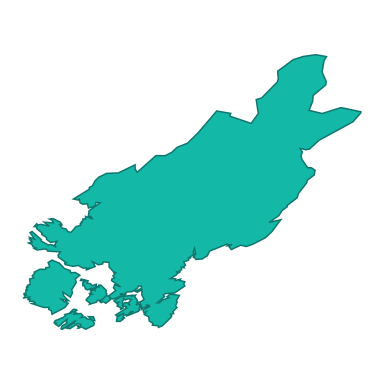 Os nor, Hordaland, Norway (Equal Earth projection)
{"feature_id": "86288312B99631604465694", "entity_name": "Os nor", "entity_type": "district", "adm_level": 2, "iso_a3": "NOR", "parent_name": "Norway", "parent_adm1": "Hordaland", "projection": "equal_earth", "projection_center": [5.41, 60.23], "detail": "fine", "context": "isolated", "style": "filled", "palette": "teal", "viewbox_px": 384, "rotation_deg": 0, "n_neighbors": 0, "source": "geoboundaries", "source_scale": "gbopen_adm2", "svg_char_len": 5876}
<svg xmlns="http://www.w3.org/2000/svg" viewBox="0 0 384 384"><path d="M315.9,54.7L303.0,56.5L293.2,59.7L277.6,71.2L278.3,78.7L277.3,82.0L261.6,98.0L256.2,99.6L258.3,113.5L251.1,123.4L229.7,116.1L230.8,113.4L216.7,111.0L198.0,132.9L187.5,143.2L177.3,147.2L171.8,152.3L165.1,155.7L155.9,155.6L137.2,172.3L135.1,169.0L135.1,164.8L118.4,172.9L106.6,173.4L98.9,177.1L95.0,180.9L92.4,185.9L89.3,187.5L89.3,189.2L73.4,199.0L78.6,200.1L79.2,198.2L80.1,202.8L82.8,204.2L87.4,203.8L88.5,208.0L95.1,206.1L96.0,202.4L100.2,202.8L89.1,210.7L88.3,216.3L91.0,216.6L92.1,218.7L85.5,216.4L85.7,218.7L82.8,219.1L83.0,220.6L81.2,222.1L82.0,222.7L80.2,223.9L80.7,225.3L76.0,226.6L71.0,232.4L68.0,231.7L65.8,228.8L62.5,228.3L60.4,226.1L61.5,225.4L60.0,224.8L61.8,224.2L60.2,222.1L53.0,218.6L49.6,219.1L52.3,220.3L53.4,222.8L44.1,222.2L49.3,226.1L40.8,224.3L37.7,225.1L36.8,223.7L34.1,226.6L36.9,226.7L36.7,228.6L42.3,233.3L41.7,234.4L46.4,237.5L46.7,239.5L50.5,242.4L56.9,241.4L54.6,244.9L56.2,247.3L52.1,244.8L47.9,244.8L41.2,241.0L41.2,239.6L32.0,231.5L30.0,232.7L34.6,239.1L29.7,237.5L30.8,239.1L28.7,238.5L31.4,240.1L30.5,240.4L32.0,242.0L28.6,243.0L32.0,244.4L33.0,246.8L36.0,248.0L34.3,248.6L37.1,250.0L46.1,248.9L47.7,251.1L60.4,251.9L58.1,255.1L58.5,257.3L66.3,262.7L64.6,263.2L65.2,264.6L73.1,266.3L78.4,265.5L83.2,268.2L86.4,267.7L86.3,269.1L88.0,268.4L87.2,269.6L95.2,266.5L92.5,261.7L98.5,264.8L102.7,263.9L103.2,261.9L109.1,262.4L109.1,267.1L113.7,271.9L116.5,272.9L113.7,272.5L114.6,274.4L112.9,275.9L114.7,277.8L111.9,278.9L111.6,280.7L120.7,286.8L114.6,284.7L113.4,287.8L115.7,290.5L108.8,295.8L110.3,297.9L112.9,299.1L116.5,297.9L121.8,295.4L120.5,294.1L121.9,293.5L124.6,295.5L125.5,294.5L123.7,294.5L127.2,291.9L132.0,291.7L137.7,287.9L138.1,286.1L141.3,286.0L141.5,288.4L135.2,291.3L137.3,292.2L142.0,289.8L141.8,294.9L144.1,299.4L139.9,302.2L141.4,307.0L142.2,306.5L140.9,308.0L141.3,310.2L141.6,308.7L147.1,306.2L146.6,305.1L148.9,305.3L148.2,305.9L149.4,306.6L143.0,310.0L143.8,312.7L146.3,311.7L144.3,314.6L148.6,316.6L149.3,321.1L152.8,323.2L152.4,325.2L158.0,325.7L158.5,327.4L162.3,325.8L171.2,317.2L171.7,315.8L170.3,314.3L173.7,313.6L173.0,311.5L177.0,307.5L175.5,306.0L177.2,302.1L176.5,300.5L179.4,295.4L170.2,294.1L167.1,296.7L168.9,297.7L162.2,300.1L159.9,302.7L157.1,302.8L164.6,296.5L163.4,294.9L164.7,293.7L174.7,292.9L184.8,286.0L183.8,284.1L184.8,281.7L179.8,280.5L180.5,279.1L175.3,280.6L175.6,278.8L170.2,278.6L176.2,275.1L177.6,273.3L177.0,272.1L178.6,272.9L180.5,271.6L178.8,272.0L178.5,271.7L181.6,269.7L181.4,267.2L184.1,267.7L183.6,266.9L185.5,265.2L183.7,261.9L188.5,260.3L188.9,258.4L190.0,258.1L191.2,257.4L189.3,257.5L194.7,253.7L193.1,252.5L194.5,248.5L195.7,254.3L193.3,255.7L194.2,256.6L193.4,257.1L196.3,259.0L195.3,259.5L202.1,259.0L207.3,255.8L209.6,251.1L226.8,244.2L228.3,244.5L227.3,245.7L232.0,244.4L229.1,246.7L231.3,249.6L240.7,245.2L246.3,246.5L252.9,244.2L265.5,237.7L272.2,231.3L280.8,219.7L269.1,222.4L278.9,215.6L282.0,210.6L287.3,206.7L287.1,205.5L297.2,197.7L298.5,193.4L306.6,183.0L307.4,180.1L314.2,175.0L315.1,170.3L311.2,167.7L307.7,167.8L301.8,159.2L301.1,155.4L302.4,152.1L300.0,148.4L306.1,149.8L309.5,149.0L319.3,140.1L352.8,121.9L360.9,112.8L361.0,111.8L341.0,107.6L322.2,113.5L309.1,110.4L312.6,101.4L313.2,95.4L325.7,85.0L326.2,81.4L322.1,72.0L324.0,60.8L326.5,56.6L315.9,54.7ZM52.0,260.1L48.1,262.5L49.7,266.7L49.0,267.3L45.8,267.6L45.5,269.4L40.0,269.2L34.2,272.2L34.8,273.1L32.2,275.8L33.8,277.9L29.6,279.0L30.2,284.2L27.6,285.3L26.8,287.0L28.6,286.8L26.4,287.9L27.1,290.1L26.0,289.9L25.8,292.7L24.2,293.6L27.0,295.1L24.3,295.0L25.3,297.1L23.0,298.1L29.1,297.2L28.0,298.1L29.5,298.7L28.2,299.6L30.1,300.1L29.6,301.5L33.7,301.3L35.2,302.9L31.9,303.6L43.5,307.4L48.9,307.5L48.7,309.4L51.3,310.6L52.0,314.3L64.7,307.6L68.2,303.3L66.9,303.1L66.8,300.6L65.4,300.4L66.4,301.0L64.6,302.1L61.1,299.1L68.5,300.6L63.8,296.0L62.9,292.1L70.4,297.2L72.5,292.9L71.7,289.7L76.3,282.5L75.2,279.0L79.9,275.2L75.3,272.5L70.6,272.7L70.1,270.5L64.5,268.6L59.3,263.1L52.0,260.1ZM74.5,312.1L76.9,310.3L76.1,309.5L73.4,309.3L70.4,312.2L72.3,311.8L71.0,313.0L64.8,314.5L65.5,315.6L63.3,317.4L55.2,320.7L54.1,322.7L56.3,323.1L55.3,324.1L58.7,326.4L67.7,318.5L66.2,321.8L67.1,323.1L62.1,325.9L61.0,328.8L62.3,329.3L76.1,320.3L73.6,322.8L74.9,323.6L73.4,322.8L66.6,328.1L69.8,328.7L77.7,323.7L80.9,324.4L79.8,326.7L78.3,325.7L77.4,325.9L79.1,327.8L78.1,327.9L77.9,328.2L79.3,328.0L81.0,326.7L85.8,329.2L93.6,325.4L94.3,323.2L92.7,320.5L94.8,320.6L93.5,316.8L88.5,316.6L91.9,319.8L87.5,319.0L85.0,316.9L80.9,317.6L82.9,315.6L80.9,313.5L74.5,314.0L75.6,313.1L74.1,313.3L74.5,312.1ZM131.9,296.1L132.4,295.2L120.3,296.8L114.0,300.9L116.1,302.8L118.6,302.2L117.1,303.8L118.1,304.1L117.2,306.1L121.3,308.0L120.1,309.8L123.2,308.1L122.2,302.8L123.8,298.3L125.1,300.0L128.0,298.8L131.4,299.5L128.7,302.5L129.9,305.7L127.1,302.6L124.2,302.9L123.4,304.4L124.0,306.2L126.4,306.6L125.3,308.4L126.2,308.4L115.7,314.9L117.4,316.3L124.5,312.8L117.2,317.0L116.5,321.3L120.2,321.4L123.3,319.0L122.4,318.4L124.5,317.9L123.2,316.4L123.7,315.1L128.1,314.8L130.7,311.7L132.7,311.6L131.5,313.1L125.8,316.3L139.0,311.1L137.7,311.4L139.5,310.2L138.9,308.6L140.4,306.4L138.6,303.8L135.9,305.0L139.0,302.0L137.1,302.0L137.4,300.3L134.7,296.5L135.6,295.1L131.9,296.1ZM88.1,280.8L81.2,279.0L80.4,280.5L85.2,281.1L82.7,282.9L82.9,285.7L84.2,285.5L85.4,288.9L87.8,289.9L90.8,288.4L90.5,290.0L95.5,287.1L96.4,287.6L94.1,289.3L95.7,291.1L93.6,289.7L91.9,290.5L90.4,292.3L92.2,294.2L89.5,293.8L90.3,295.4L86.5,299.1L86.1,300.2L90.0,303.2L89.4,304.3L96.4,302.2L97.3,300.4L100.8,300.4L105.2,296.7L99.8,301.6L101.3,302.7L103.2,301.4L105.8,303.3L110.6,299.6L108.7,295.9L105.9,295.9L106.9,294.1L105.9,292.9L106.3,290.4L100.7,285.0L98.7,285.2L99.1,287.1L96.2,286.1L96.3,284.3L92.4,285.7L90.3,283.6L86.8,283.1L88.1,280.8Z" fill="#14b8a6" stroke="#0f766e" stroke-width="1.5"/></svg>